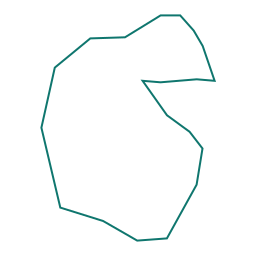 Saint Philip, Natural Earth projection
{"feature_id": "ATG-5095", "entity_name": "Saint Philip", "entity_type": "Parish", "adm_level": 1, "iso_a3": "ATG", "parent_name": "Antigua and Barbuda", "parent_adm1": "", "projection": "natural_earth1", "projection_center": [-61.693, 17.064], "detail": "fine", "context": "isolated", "style": "outline", "palette": "teal", "viewbox_px": 256, "rotation_deg": 0, "n_neighbors": 0, "source": "natural_earth", "source_scale": "10m", "svg_char_len": 362}
<svg xmlns="http://www.w3.org/2000/svg" viewBox="0 0 256 256"><path d="M90.3,38.4L125.0,37.3L160.6,15.4L180.2,15.4L193.7,30.6L202.7,46.0L214.6,80.8L196.7,79.3L160.5,82.3L142.6,80.8L167.0,115.3L189.6,131.8L202.5,148.5L196.6,184.7L166.9,238.4L137.2,240.6L103.1,221.0L60.3,207.6L41.4,127.7L54.8,67.6L90.3,38.4Z" fill="none" stroke="#0f766e" stroke-width="2"/></svg>